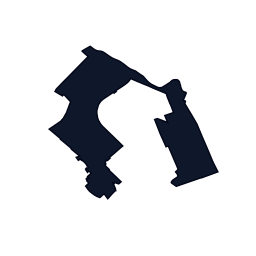 the district of Faurei, Braila, Romania, rotated 53°
{"feature_id": "2599482B41579129284084", "entity_name": "Faurei", "entity_type": "district", "adm_level": 2, "iso_a3": "ROU", "parent_name": "Romania", "parent_adm1": "Braila", "projection": "robinson", "projection_center": [27.267, 45.105], "detail": "fine", "context": "isolated", "style": "filled", "palette": "ink", "viewbox_px": 256, "rotation_deg": 53, "n_neighbors": 0, "source": "geoboundaries", "source_scale": "gbopen_adm2", "svg_char_len": 3238}
<svg xmlns="http://www.w3.org/2000/svg" viewBox="0 0 256 256"><g transform="rotate(53 128 128)"><path d="M191.7,116.4L194.9,116.4L195.6,116.7L196.9,117.6L196.6,123.3L196.9,125.0L197.3,126.0L198.1,126.3L203.6,124.5L204.8,120.8L208.2,110.3L211.9,98.9L212.1,99.0L217.1,82.6L207.1,80.8L205.7,80.5L193.5,77.4L179.9,74.1L166.2,70.6L156.3,69.4L142.8,68.0L141.7,66.7L141.4,66.3L141.1,66.0L139.1,67.2L135.3,60.7L134.4,60.3L133.3,61.2L131.6,62.1L130.9,62.1L130.1,62.1L126.9,61.2L125.4,60.4L123.5,59.8L122.0,59.1L120.2,59.2L119.5,59.5L118.9,59.8L118.1,60.8L116.9,62.7L116.6,64.2L116.7,65.7L116.9,67.0L116.7,69.0L116.6,71.3L116.2,74.8L116.1,76.4L115.5,77.6L114.1,79.4L112.0,80.6L111.2,81.0L110.4,81.4L107.5,82.9L105.8,83.5L104.4,83.9L102.2,84.3L99.8,84.5L97.1,84.7L96.6,84.7L95.5,84.9L93.1,85.8L90.1,86.8L86.9,87.8L85.2,88.9L83.0,90.2L81.1,91.1L78.5,91.9L75.7,92.6L73.3,93.3L71.1,94.0L69.3,94.7L67.5,95.7L65.4,97.0L62.6,98.5L59.5,99.7L56.4,100.7L55.1,101.1L54.6,101.3L52.9,101.9L51.5,102.6L50.4,103.4L49.3,104.6L48.2,105.8L47.0,106.6L45.6,107.4L45.1,107.6L43.4,108.1L41.6,108.6L40.0,109.1L39.9,110.0L39.2,115.3L39.0,117.2L38.9,118.0L39.0,118.4L41.8,117.9L46.4,116.9L47.0,116.8L47.6,120.9L48.2,125.0L51.5,146.8L52.2,151.8L53.8,161.9L54.9,164.3L62.9,161.0L62.6,159.0L72.6,158.0L74.2,160.8L75.2,162.3L75.3,162.4L78.0,166.8L78.6,167.2L78.8,167.7L78.9,168.2L80.8,172.5L81.3,173.6L81.8,176.2L82.0,176.9L82.2,177.3L81.5,191.6L82.6,191.3L88.3,190.0L96.2,188.2L96.3,188.3L96.4,188.7L109.2,185.7L111.0,185.9L120.4,183.7L121.4,183.6L120.3,187.0L123.9,187.1L124.2,184.1L125.2,184.0L125.3,184.1L125.3,184.6L125.9,184.5L125.9,184.0L126.0,183.9L126.1,184.0L128.0,183.7L128.9,183.4L131.2,183.2L133.5,183.4L134.2,183.5L135.6,183.4L135.9,185.2L135.0,185.3L135.3,186.6L136.3,186.5L136.4,186.9L139.1,187.0L138.7,185.0L142.0,184.7L142.4,189.5L142.7,189.5L144.3,189.4L144.3,190.3L143.4,190.3L143.3,190.5L143.5,192.0L145.0,192.2L145.3,192.7L148.5,192.5L148.8,195.4L149.0,196.8L151.3,196.8L152.7,196.9L155.6,196.7L159.3,195.7L160.0,195.5L161.8,194.9L164.2,193.8L166.6,192.3L166.1,186.6L169.7,186.7L172.3,186.7L171.0,180.3L170.4,176.1L170.3,175.8L170.6,175.5L168.6,174.5L163.8,173.3L161.6,173.1L164.0,172.5L163.6,171.4L165.8,169.9L166.7,169.3L167.0,169.0L167.0,168.7L166.8,165.9L163.8,166.4L159.1,167.1L149.9,168.7L149.8,168.0L144.2,168.9L143.6,167.7L143.1,167.2L141.8,167.3L141.6,166.9L141.5,166.3L141.1,165.6L140.4,164.8L141.3,164.3L141.6,164.0L141.3,160.6L140.3,160.6L139.8,152.5L139.5,148.8L139.2,144.3L139.3,143.4L139.2,143.0L126.2,145.0L113.4,147.0L110.9,147.4L108.2,147.5L104.9,147.1L103.4,146.8L101.8,146.3L97.4,144.0L95.1,142.2L91.7,137.7L90.5,134.6L90.3,134.0L90.1,132.1L90.0,130.7L90.1,127.9L90.4,122.9L90.7,117.9L91.8,118.1L91.7,115.4L90.8,115.4L91.4,105.9L91.4,103.8L91.4,101.8L91.2,99.7L90.9,98.5L90.1,96.1L90.9,95.6L92.9,94.5L94.8,93.4L96.8,92.3L98.7,91.1L100.7,90.0L102.7,88.8L106.5,86.5L109.4,84.9L109.7,84.7L110.3,84.4L111.1,84.0L117.5,80.2L123.5,76.7L126.8,77.9L134.2,79.9L134.5,79.9L134.9,79.9L135.3,80.0L143.1,82.3L141.1,88.4L140.3,90.9L140.2,91.1L147.5,93.0L138.2,98.9L137.3,101.6L152.3,105.8L156.3,106.7L165.9,108.9L166.5,106.6L170.8,107.7L188.6,112.1L191.2,112.8L191.7,116.0L191.7,116.4Z" fill="#0f172a" stroke="#020617" stroke-width="1.5"/></g></svg>